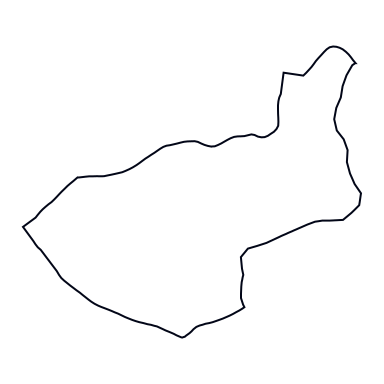 the district of Yahr, Lahij, Yemen
{"feature_id": "15242507B12651180402694", "entity_name": "Yahr", "entity_type": "district", "adm_level": 2, "iso_a3": "YEM", "parent_name": "Yemen", "parent_adm1": "Lahij", "projection": "robinson", "projection_center": [45.152, 13.723], "detail": "fine", "context": "isolated", "style": "outline", "palette": "ink", "viewbox_px": 384, "rotation_deg": 0, "n_neighbors": 0, "source": "geoboundaries", "source_scale": "gbopen_adm2", "svg_char_len": 2908}
<svg xmlns="http://www.w3.org/2000/svg" viewBox="0 0 384 384"><path d="M355.5,63.1L353.0,60.1L352.0,58.7L350.9,57.2L348.6,54.4L345.9,51.8L342.7,49.3L339.7,47.8L336.5,46.8L333.1,46.5L329.6,47.3L326.7,49.3L324.1,51.9L321.2,55.1L318.5,58.0L315.9,61.0L313.7,64.1L311.5,67.0L308.7,70.1L306.1,72.9L303.3,75.6L283.6,72.7L280.8,94.0L279.3,97.4L278.9,99.0L278.4,101.3L278.0,105.3L278.0,109.3L278.1,114.1L278.3,118.0L278.4,122.0L278.2,125.8L276.5,129.0L273.9,131.8L270.8,133.8L267.9,135.8L264.7,137.1L261.5,137.3L261.4,137.3L257.9,136.6L254.6,135.0L251.4,134.4L247.7,135.3L244.4,136.1L241.0,136.3L237.6,136.4L234.1,136.9L230.7,138.2L227.4,139.9L224.4,141.6L221.3,143.4L218.0,145.0L214.8,146.3L211.5,146.5L211.4,146.6L207.8,145.9L204.5,144.9L201.2,143.5L197.9,141.9L194.7,141.2L191.0,141.3L187.7,141.4L184.0,141.8L180.6,142.6L177.2,143.5L173.8,144.3L169.9,145.2L166.5,145.7L163.3,146.9L160.3,148.7L157.4,150.7L154.4,152.8L151.2,154.8L148.4,156.7L145.4,158.6L142.7,160.6L139.5,163.0L136.5,165.1L132.9,167.3L129.5,169.1L125.5,170.9L122.3,172.2L118.5,173.1L115.0,173.9L111.3,174.7L107.8,175.4L104.0,176.2L100.6,176.3L96.9,176.2L93.6,176.3L89.5,176.3L85.5,176.7L82.2,177.1L78.6,177.5L77.6,177.4L76.4,178.4L73.4,181.0L70.2,183.6L67.3,186.1L64.7,188.7L61.7,191.6L59.3,194.1L56.8,196.8L54.2,199.5L51.5,202.1L48.5,204.3L45.4,206.9L42.7,209.3L40.2,211.9L37.8,214.8L35.6,217.6L23.0,226.9L33.4,241.1L35.4,244.2L37.8,247.3L40.7,249.8L56.8,271.1L59.1,275.0L61.3,278.0L64.2,280.7L67.2,283.1L70.3,285.6L73.5,288.0L76.5,290.3L79.9,292.7L82.8,295.1L85.6,297.3L88.5,299.6L91.3,301.7L94.6,303.8L98.3,305.7L101.4,307.0L104.6,308.2L108.5,309.7L111.7,311.0L114.9,312.4L118.0,313.6L121.5,315.3L125.0,317.0L128.4,318.4L132.2,319.9L135.7,321.1L139.1,322.1L143.5,323.1L147.5,324.2L150.9,324.8L154.3,325.8L156.9,326.4L163.0,329.2L165.5,330.4L169.5,332.0L171.6,332.9L173.7,333.8L176.5,335.3L181.4,337.4L182.5,337.5L183.6,337.0L184.7,336.8L186.1,335.6L187.8,334.4L189.6,333.1L190.9,331.9L191.3,331.6L193.5,329.2L196.4,326.9L199.7,325.5L202.7,324.7L205.4,323.8L205.8,323.7L209.1,323.1L212.6,322.2L215.8,321.1L219.5,319.8L222.8,318.6L226.5,317.0L229.7,315.6L233.1,313.9L236.1,312.2L239.3,310.5L242.4,308.6L244.4,307.2L243.1,304.6L241.0,298.1L241.0,293.7L241.3,286.4L241.7,282.1L242.3,279.3L242.7,277.1L243.3,274.9L242.0,268.7L240.9,257.1L247.9,248.6L257.2,245.9L266.5,242.9L279.8,236.7L281.0,236.1L282.8,235.3L286.8,233.6L287.1,233.4L290.3,232.0L291.8,231.4L293.7,230.5L295.6,229.7L297.9,228.7L298.3,228.5L301.1,227.3L303.6,226.2L307.5,224.5L315.0,221.7L318.6,221.2L322.3,220.6L322.7,220.6L329.2,220.6L329.6,220.6L343.0,219.9L351.4,212.9L354.2,210.2L354.3,210.1L359.2,205.2L359.7,202.1L360.7,195.1L361.0,193.3L354.6,184.0L352.6,179.4L350.0,173.5L346.9,162.1L347.6,150.1L343.7,139.3L336.8,130.5L334.2,119.2L336.3,107.9L340.8,97.5L342.6,86.2L346.5,75.3L352.3,65.2L355.4,63.1L355.5,63.1L355.5,63.1Z" fill="none" stroke="#020617" stroke-width="2"/></svg>